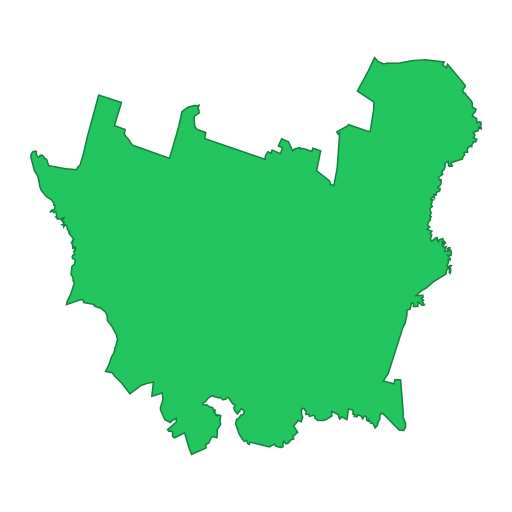 Juárez, Chiapas, Mexico (Robinson projection)
{"feature_id": "50627088B99297205497031", "entity_name": "Juárez", "entity_type": "district", "adm_level": 2, "iso_a3": "MEX", "parent_name": "Mexico", "parent_adm1": "Chiapas", "projection": "robinson", "projection_center": [-93.174, 17.701], "detail": "fine", "context": "isolated", "style": "filled", "palette": "green", "viewbox_px": 512, "rotation_deg": 0, "n_neighbors": 0, "source": "geoboundaries", "source_scale": "gbopen_adm2", "svg_char_len": 6015}
<svg xmlns="http://www.w3.org/2000/svg" viewBox="0 0 512 512"><path d="M87.2,137.3L83.5,153.5L80.0,165.2L78.1,166.7L76.6,169.7L65.0,168.7L48.7,165.6L46.5,159.1L44.5,158.6L43.9,156.8L42.0,155.1L40.2,155.4L39.4,156.9L38.0,157.0L36.0,154.0L36.6,151.8L35.7,151.0L32.9,151.7L31.5,153.6L30.7,156.6L34.4,170.7L37.9,176.3L40.1,187.5L41.4,190.6L47.1,197.2L51.5,199.8L53.8,203.2L53.9,205.2L55.3,205.8L54.3,209.5L51.2,210.5L50.5,211.8L52.6,211.2L53.7,212.6L55.8,211.8L56.8,215.7L55.7,217.0L56.7,217.3L57.4,219.2L59.1,218.5L60.8,219.6L62.6,217.7L64.0,217.7L63.0,218.7L63.5,219.6L61.7,220.5L62.7,221.8L64.2,222.4L63.3,223.0L64.2,224.9L62.3,224.8L63.7,225.8L63.8,226.8L65.2,224.8L67.0,226.2L67.4,229.7L69.4,231.9L68.6,233.8L69.5,232.8L69.8,234.2L73.8,239.3L72.4,240.3L73.2,241.7L71.3,242.4L72.3,243.9L72.8,248.2L74.5,246.8L75.2,247.4L75.5,248.9L74.2,248.5L75.1,250.5L73.7,251.4L74.7,254.5L72.7,255.2L72.1,257.2L72.7,258.6L74.9,259.2L75.1,261.4L74.5,263.8L71.9,266.7L71.0,274.5L73.0,277.4L73.1,280.8L74.4,282.8L70.7,294.1L66.9,302.0L66.5,304.6L80.8,299.6L83.7,300.5L83.6,302.5L94.3,304.5L94.0,305.5L94.6,306.1L98.7,307.7L99.8,307.5L105.3,311.9L107.0,315.2L107.5,320.7L112.0,326.5L116.8,335.7L116.9,337.7L117.9,339.5L116.9,341.2L116.0,345.8L114.7,348.1L114.8,349.8L113.5,353.6L111.4,357.2L108.8,365.0L105.5,371.4L110.6,372.6L111.7,372.2L114.9,376.4L121.7,383.1L129.9,393.8L141.0,385.5L147.3,383.3L153.4,382.1L151.8,396.3L162.2,393.0L163.0,399.4L160.4,407.7L160.5,409.8L164.8,419.7L170.4,422.5L171.7,420.7L176.3,418.4L176.2,422.2L167.5,429.7L168.8,431.2L172.6,431.6L172.5,436.2L174.5,437.9L184.6,432.8L189.0,447.9L191.6,454.4L206.1,447.9L205.6,444.6L208.8,443.0L211.4,437.2L212.6,436.6L216.9,437.8L217.4,429.5L220.7,424.3L220.0,421.0L220.7,415.6L217.6,414.8L217.4,415.8L216.2,415.6L215.4,413.1L214.0,412.5L213.7,411.7L215.2,411.0L215.1,410.1L213.1,409.2L212.6,407.5L209.4,406.9L207.0,404.9L204.4,405.1L202.5,404.0L203.1,402.9L205.6,401.6L208.2,398.1L211.7,395.8L219.2,398.0L220.3,397.2L222.7,399.8L225.9,399.2L226.2,398.1L228.3,397.4L232.7,403.8L234.9,405.0L235.2,405.6L233.7,407.9L235.1,411.4L237.5,413.9L241.5,408.6L244.3,411.3L243.8,413.9L242.3,415.1L240.9,415.0L239.2,417.7L236.5,419.6L235.6,423.7L239.1,434.0L242.3,439.2L244.2,441.4L246.4,440.3L247.8,443.6L249.2,444.5L250.2,442.2L269.4,446.9L274.4,444.2L275.8,446.2L280.9,447.5L283.0,446.8L283.0,442.0L283.8,441.3L285.6,443.7L287.6,443.6L289.6,441.6L290.0,440.4L293.8,438.9L292.5,437.0L297.7,432.3L293.7,426.0L297.4,421.5L297.7,420.3L301.2,421.8L302.7,417.3L301.7,414.7L301.2,409.9L302.1,409.7L302.2,408.4L304.3,408.6L305.0,410.2L306.1,411.0L306.2,412.9L305.6,413.6L306.2,414.5L308.8,414.3L309.4,416.4L313.5,415.3L314.8,416.1L314.8,418.0L317.6,420.4L323.1,420.5L326.6,419.4L331.8,416.0L331.6,411.3L338.0,414.5L339.6,419.0L341.9,417.0L347.0,419.6L348.4,409.1L353.0,410.1L353.0,414.2L354.6,414.6L354.2,416.5L357.2,416.7L357.6,414.9L361.0,415.9L362.7,418.9L364.1,416.2L366.1,416.3L367.0,420.4L368.1,419.6L367.6,420.8L368.6,421.4L369.3,420.7L370.6,421.9L370.4,423.0L372.9,423.3L375.1,428.0L377.3,425.5L378.2,421.8L379.7,419.6L380.0,414.8L381.5,413.5L382.9,413.5L399.2,430.1L403.7,430.5L405.6,427.3L405.6,423.3L402.8,416.4L403.4,414.7L400.6,379.8L394.9,379.7L394.0,383.8L383.3,381.0L388.3,373.3L403.0,327.2L405.2,323.1L406.9,314.9L407.0,310.2L410.1,309.2L411.4,303.2L413.3,303.1L413.4,306.6L417.8,306.4L418.2,302.0L422.2,305.3L424.4,304.9L422.1,301.1L423.4,300.3L421.5,298.2L423.2,297.1L422.5,295.9L422.8,295.3L415.9,295.7L421.4,290.7L425.7,288.5L433.6,281.6L445.8,274.2L446.7,269.9L449.0,267.9L449.5,268.5L449.3,272.7L450.3,273.3L450.8,269.8L449.9,267.2L451.4,265.6L450.3,265.4L447.7,267.1L447.0,265.7L448.6,262.0L448.1,259.5L450.1,260.0L450.5,258.8L447.7,255.5L450.9,255.5L451.3,254.4L451.4,252.3L450.7,250.2L449.1,251.0L448.6,250.5L450.0,247.9L448.9,247.6L447.4,248.6L447.6,250.6L447.1,251.3L444.4,251.1L446.2,246.7L443.9,247.5L442.3,246.0L442.3,241.8L443.5,242.3L444.0,244.9L445.5,242.8L443.3,240.6L442.8,238.6L438.9,239.9L438.5,241.8L437.2,240.0L437.4,237.9L436.3,237.5L431.5,241.3L430.4,238.9L431.8,234.9L430.1,233.6L431.9,231.2L426.9,229.3L429.7,227.1L427.5,224.9L429.0,221.3L430.5,219.9L429.9,218.1L431.2,216.8L429.7,215.4L431.2,213.1L429.9,209.5L430.4,208.1L432.4,206.5L431.1,204.6L432.0,202.7L431.7,201.0L433.3,199.9L430.9,199.3L432.4,197.0L434.5,198.0L433.7,194.6L436.1,195.1L436.7,192.0L438.9,191.6L439.8,190.7L440.1,188.5L438.7,188.3L437.6,187.1L439.4,186.1L440.8,184.4L441.2,180.3L440.8,179.5L439.6,180.1L439.0,179.5L438.7,177.1L442.8,174.2L441.6,171.8L444.2,169.5L445.3,165.6L444.8,163.4L448.1,161.3L448.6,165.7L449.3,166.3L452.0,166.2L452.4,165.7L451.1,164.0L451.3,162.6L462.5,159.0L462.7,157.3L464.6,155.0L463.9,152.4L467.7,152.2L467.2,148.8L470.0,146.1L471.8,146.7L472.0,144.3L473.0,143.2L473.0,141.9L475.6,141.9L476.6,140.2L476.7,139.3L473.7,137.9L474.9,134.7L473.3,132.9L474.5,131.8L478.0,130.9L479.0,128.0L481.3,128.9L481.3,127.6L478.9,127.1L481.1,125.4L481.0,122.3L479.4,121.7L476.8,122.8L476.6,118.6L472.3,115.9L472.9,114.2L475.3,111.8L476.0,109.1L472.4,107.4L472.2,102.8L471.2,100.8L465.6,94.5L465.4,93.4L463.1,92.4L462.9,89.6L465.1,86.8L465.3,85.5L447.6,64.3L446.4,67.9L442.7,64.7L444.2,62.0L425.7,59.8L412.7,60.6L398.2,63.3L387.5,63.1L383.6,63.9L378.1,61.6L374.6,57.6L368.0,71.5L357.4,91.1L374.0,102.1L373.6,110.3L370.2,131.5L367.0,131.0L348.5,124.6L346.9,126.4L336.7,131.8L338.1,134.3L339.5,133.1L339.4,136.8L337.2,167.8L333.9,185.6L330.6,184.3L329.5,180.9L316.6,170.7L320.7,150.9L312.8,148.2L311.9,151.4L302.8,148.4L300.7,149.0L300.1,147.6L299.2,147.6L294.3,149.1L292.7,151.0L288.5,141.8L281.7,138.8L278.3,146.1L282.5,147.7L280.5,153.6L272.0,150.1L271.0,153.2L268.0,151.7L265.5,155.6L265.0,159.3L204.7,138.6L205.8,132.5L197.0,129.4L194.8,126.5L194.0,118.1L194.8,115.9L199.2,113.0L198.7,109.4L197.9,108.8L199.0,105.2L196.8,105.9L195.2,105.4L188.0,107.2L182.0,111.6L178.6,127.1L169.5,158.3L132.3,145.1L128.6,139.4L125.1,135.6L124.4,133.6L125.2,129.5L114.4,125.7L121.5,102.5L98.7,95.1L87.2,137.3Z" fill="#22c55e" stroke="#15803d" stroke-width="1.5"/></svg>